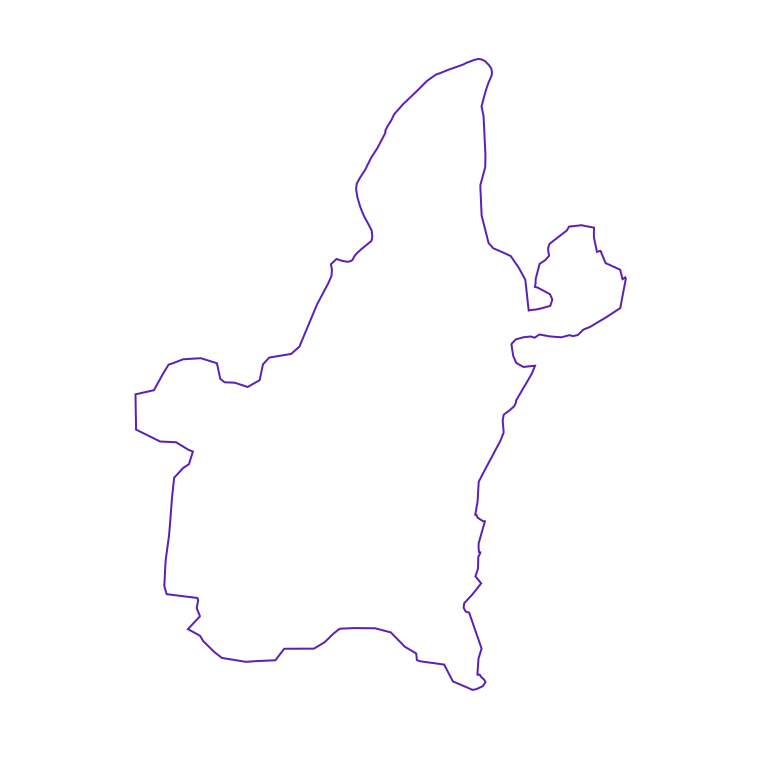 outline of Dimnat Khadir, Ta`izz, Yemen, rotated 264°
{"feature_id": "15242507B32780307406374", "entity_name": "Dimnat Khadir", "entity_type": "district", "adm_level": 2, "iso_a3": "YEM", "parent_name": "Yemen", "parent_adm1": "Ta`izz", "projection": "natural_earth1", "projection_center": [44.257, 13.441], "detail": "fine", "context": "isolated", "style": "outline", "palette": "violet", "viewbox_px": 768, "rotation_deg": 264, "n_neighbors": 0, "source": "geoboundaries", "source_scale": "gbopen_adm2", "svg_char_len": 4323}
<svg xmlns="http://www.w3.org/2000/svg" viewBox="0 0 768 768"><g transform="rotate(264 384 384)"><path d="M386.4,536.1L386.4,524.4L389.0,520.7L391.1,518.0L391.3,517.6L391.6,517.6L393.4,517.0L396.9,515.9L398.2,515.5L406.3,515.0L407.5,515.0L409.6,515.0L409.9,514.9L410.3,514.9L411.4,516.0L414.5,519.6L414.9,521.5L415.9,527.4L415.9,529.7L415.9,534.9L414.3,538.7L417.0,543.6L414.1,553.5L413.3,557.6L412.0,564.8L411.9,565.4L413.2,573.6L411.9,576.8L412.1,578.7L412.4,581.7L413.4,583.0L417.2,587.9L417.5,588.8L417.8,589.7L418.9,593.9L419.3,595.0L420.2,597.1L421.1,598.9L422.9,602.7L427.0,611.7L429.5,616.5L434.8,626.9L463.1,635.4L464.8,635.1L463.3,632.2L473.0,630.8L481.1,617.0L493.7,613.3L493.2,609.6L508.1,608.1L512.6,608.6L517.5,609.2L520.9,598.1L521.3,597.1L521.2,590.9L521.2,589.3L521.2,584.5L517.5,581.8L513.8,575.7L506.2,563.5L504.7,562.5L502.1,561.5L499.8,561.3L497.3,561.3L495.2,561.7L493.9,561.3L490.2,557.1L487.2,551.3L472.5,545.8L467.9,545.2L464.8,544.2L463.7,547.1L455.9,558.5L450.5,560.2L450.1,560.1L444.4,557.6L443.7,554.0L442.7,547.9L442.5,545.9L442.2,542.9L442.2,541.5L442.2,537.0L442.0,535.6L452.1,535.5L455.3,535.5L457.0,535.5L458.9,535.5L463.4,535.5L464.2,535.5L472.9,535.4L475.6,534.3L484.8,530.5L485.5,530.2L492.8,526.2L493.0,526.1L497.9,523.5L502.1,516.6L507.6,506.8L509.6,505.4L511.1,504.3L513.3,502.7L515.7,502.4L541.4,498.7L569.2,500.4L571.6,500.6L572.2,500.8L589.3,507.4L599.5,508.6L601.2,508.8L632.7,510.6L640.2,511.0L649.9,510.0L660.6,514.1L667.2,516.8L673.7,519.9L677.2,522.0L679.8,523.4L681.6,523.7L683.0,524.0L686.7,523.6L690.6,521.4L694.6,518.2L696.7,514.7L697.4,511.8L696.9,508.0L696.9,507.7L694.6,499.0L693.5,496.4L689.7,480.6L687.3,472.3L686.3,468.0L681.0,458.5L670.5,445.5L660.3,432.2L651.3,422.4L645.5,418.8L640.4,414.8L635.8,411.8L634.1,411.6L633.6,411.6L619.2,402.0L610.6,395.0L598.9,387.6L591.9,381.9L586.1,377.8L580.6,376.6L572.2,377.1L563.0,378.8L557.4,380.3L551.5,382.2L545.9,384.7L537.9,387.8L532.0,387.8L528.7,386.9L527.5,386.3L520.3,375.3L516.9,370.7L514.8,368.4L512.8,367.0L510.9,365.9L509.7,363.8L509.3,360.7L510.9,355.0L512.5,351.7L513.3,349.8L508.6,343.7L503.0,344.2L497.1,343.1L496.8,343.0L493.1,340.9L490.3,339.3L469.8,325.5L465.0,322.9L435.9,307.0L431.9,304.8L430.2,304.0L423.6,294.8L422.3,272.8L422.2,272.5L416.2,265.7L400.8,260.7L395.3,248.1L400.9,235.6L402.4,225.6L406.3,221.7L422.1,220.0L424.4,214.7L428.8,204.5L429.5,188.7L429.6,186.9L426.5,175.4L425.8,171.8L417.7,165.6L401.9,154.5L399.7,135.8L393.5,135.2L366.0,132.8L364.6,132.6L350.2,155.3L347.8,171.1L339.0,182.6L336.8,186.9L324.6,181.6L321.5,175.5L313.5,166.4L312.7,165.5L306.7,164.2L295.0,161.7L292.6,161.2L271.4,157.3L267.2,156.5L266.8,156.5L255.0,154.2L253.4,153.8L238.0,150.0L232.4,148.6L223.4,147.1L206.1,144.4L197.7,145.9L190.7,176.0L188.2,176.6L186.7,176.1L182.9,174.9L180.7,174.3L172.6,176.6L172.3,176.6L172.2,176.6L160.7,163.4L152.9,174.7L147.4,177.2L135.0,187.4L128.5,194.2L122.1,217.7L121.8,227.1L120.6,247.1L131.1,257.1L129.5,273.2L128.1,286.6L132.0,294.9L133.5,298.1L141.0,307.6L145.2,314.3L145.1,317.0L144.4,328.6L143.4,337.4L142.0,349.6L136.2,364.9L135.4,365.5L120.4,377.4L112.7,387.8L109.2,387.9L106.1,387.8L104.5,390.8L101.6,402.6L98.7,414.5L91.8,417.2L81.0,421.4L74.8,432.6L73.0,435.8L70.6,440.0L70.7,443.2L71.9,447.0L72.1,447.4L72.1,447.6L72.2,447.8L73.1,450.6L77.0,453.8L79.5,452.7L82.9,449.7L84.7,449.0L85.1,448.1L84.8,447.3L85.2,446.5L101.1,449.3L110.7,453.4L131.3,448.6L147.6,444.8L147.7,444.7L149.1,441.5L153.1,439.8L157.5,440.8L158.5,441.9L165.4,449.8L167.6,452.0L170.9,455.2L175.6,459.8L176.0,459.5L183.2,454.8L190.6,458.2L194.5,458.7L195.2,458.8L196.4,458.9L196.7,459.0L202.2,459.7L205.7,462.0L206.5,462.2L206.9,460.9L212.1,461.0L215.7,461.5L230.5,467.4L236.5,469.9L237.0,469.9L237.2,468.1L241.3,463.1L244.2,462.2L244.4,461.1L255.4,464.2L257.1,464.7L262.9,465.7L263.2,465.7L272.1,467.2L275.8,467.8L276.9,468.0L278.9,469.3L284.2,472.8L285.3,473.5L285.7,473.8L290.3,476.9L291.0,477.3L292.0,478.0L297.7,481.9L309.3,489.7L315.6,494.0L323.2,497.9L327.8,498.1L335.2,498.2L340.5,499.7L341.0,499.9L341.4,500.5L344.5,505.9L348.3,511.2L352.1,513.5L352.6,513.5L353.5,513.5L354.1,513.9L364.2,521.3L371.4,526.7L374.1,528.6L374.9,529.2L375.2,529.4L378.5,531.9L378.7,532.0L378.9,532.1L382.8,534.2L384.5,535.1L385.2,535.5L385.6,535.7L386.4,536.1Z" fill="none" stroke="#5b21b6" stroke-width="2"/></g></svg>